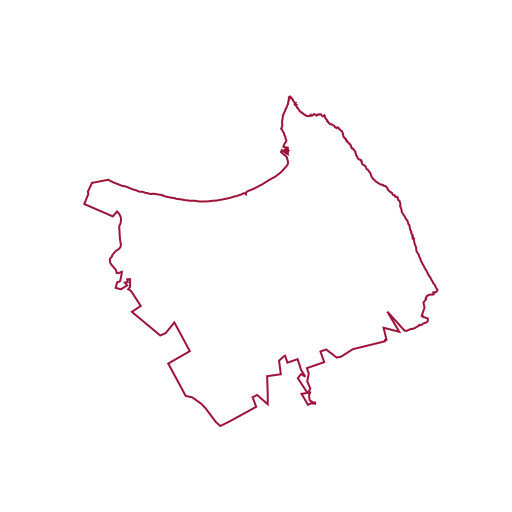 Nelson Mandela Bay, Eastern Cape, South Africa (orthographic projection), rotated 224°
{"feature_id": "47623444B28857154592205", "entity_name": "Nelson Mandela Bay", "entity_type": "district", "adm_level": 2, "iso_a3": "ZAF", "parent_name": "South Africa", "parent_adm1": "Eastern Cape", "projection": "orthographic", "projection_center": [25.553, -33.802], "detail": "fine", "context": "isolated", "style": "outline", "palette": "rose", "viewbox_px": 512, "rotation_deg": 224, "n_neighbors": 0, "source": "geoboundaries", "source_scale": "gbopen_adm2", "svg_char_len": 6118}
<svg xmlns="http://www.w3.org/2000/svg" viewBox="0 0 512 512"><g transform="rotate(224 256 256)"><path d="M101.9,357.7L105.1,358.4L105.6,358.8L107.9,359.5L110.4,359.7L111.0,360.3L113.5,360.7L115.6,361.7L116.4,361.6L118.4,362.1L123.0,363.8L126.6,364.6L128.8,365.6L129.5,365.6L134.6,367.4L135.3,367.9L136.6,368.5L137.4,368.6L140.4,370.2L141.4,370.3L143.9,371.0L146.0,372.6L146.4,373.2L150.6,375.1L153.7,377.4L154.6,377.4L154.6,377.9L155.2,377.6L155.4,378.4L155.9,378.3L156.1,378.1L156.4,378.7L157.0,378.8L157.1,379.3L157.9,379.2L158.4,380.0L159.4,379.9L160.6,380.6L161.1,381.4L163.6,382.1L166.7,384.5L167.8,384.9L168.6,384.8L169.2,385.3L170.3,385.7L171.9,386.8L173.0,386.6L176.8,387.8L181.8,388.9L183.1,390.1L183.7,390.3L184.9,391.2L185.7,391.3L186.7,392.1L187.3,392.2L188.4,393.9L191.0,395.3L192.6,395.1L194.4,396.1L194.8,396.6L196.0,396.1L196.7,395.4L197.2,395.4L198.5,396.0L199.0,395.6L200.2,395.1L202.0,395.8L203.4,395.6L203.7,395.3L206.9,395.3L207.6,395.5L208.4,396.1L209.8,396.1L211.0,396.4L212.6,395.3L213.8,395.4L214.0,395.1L214.7,395.1L215.4,394.3L217.0,393.7L221.7,392.8L223.9,392.9L224.9,392.7L228.4,393.5L231.9,395.3L233.4,395.2L235.1,395.8L236.3,395.4L238.7,396.0L239.7,396.7L243.2,395.9L245.3,396.9L245.7,397.5L246.2,397.3L246.9,398.0L247.5,397.5L248.4,397.5L249.1,397.0L249.4,397.0L249.5,397.4L249.6,397.0L250.6,396.9L251.6,397.6L254.2,398.1L254.5,398.5L256.0,399.3L256.6,399.9L257.5,399.9L259.2,400.6L260.4,400.2L261.3,400.6L261.8,400.1L262.4,400.2L263.3,400.5L264.0,401.2L264.8,401.3L265.5,401.7L266.2,401.4L267.0,401.9L267.5,401.5L269.5,401.7L270.0,402.0L270.3,401.6L270.5,401.8L270.8,401.6L272.5,402.3L272.5,402.6L272.8,402.7L273.4,402.6L273.8,402.2L275.0,402.6L275.7,402.5L275.9,402.8L276.6,402.9L277.2,403.5L278.1,403.8L278.8,404.7L281.2,405.5L281.7,405.2L282.9,405.1L283.3,405.3L284.1,405.1L285.2,405.5L285.6,405.3L286.2,405.4L287.0,404.9L287.1,404.5L286.8,404.3L286.9,404.0L287.4,404.1L288.2,403.6L288.9,403.6L290.1,404.1L290.6,403.7L293.3,403.2L293.9,402.5L294.8,402.2L295.4,402.5L296.7,402.2L297.6,402.7L298.4,402.8L298.7,402.5L299.2,403.1L301.0,403.1L301.5,403.5L302.7,403.6L303.5,404.0L304.0,404.7L304.6,404.7L304.5,403.8L305.1,402.9L305.9,402.7L307.6,403.0L308.2,402.6L308.6,401.8L309.1,401.6L309.3,401.0L310.1,400.4L309.8,399.6L310.0,399.0L312.3,398.7L312.6,398.2L313.0,398.1L312.9,396.5L313.3,395.9L313.6,395.8L313.4,395.6L313.6,395.2L314.0,395.0L314.5,395.3L314.4,394.8L314.7,394.6L314.9,393.6L315.2,393.2L316.9,391.9L318.5,391.5L318.9,391.7L320.3,391.0L322.4,391.2L323.0,391.0L323.1,390.7L325.1,390.6L328.7,391.5L329.6,391.2L329.8,391.5L330.7,392.0L332.1,391.8L332.1,392.3L332.5,391.9L333.7,392.0L334.0,392.4L333.9,392.9L334.1,393.1L333.7,393.2L333.8,393.6L334.5,393.1L338.0,393.7L338.4,393.9L338.7,394.3L340.2,394.3L340.6,394.0L341.4,394.5L342.4,394.3L342.5,393.9L341.7,393.2L342.0,393.1L342.5,393.5L342.6,393.1L342.1,393.0L341.3,391.3L340.6,391.0L340.1,389.6L338.3,387.1L338.1,386.0L337.1,383.9L336.6,381.5L335.9,380.8L335.0,377.8L334.0,375.3L333.2,374.6L331.3,371.7L329.1,369.2L328.5,369.0L327.6,368.0L326.6,365.9L326.5,365.2L326.2,364.9L325.3,365.1L323.2,364.2L321.2,363.8L319.8,362.8L317.7,362.2L316.9,361.3L314.3,360.2L313.7,358.5L313.6,356.9L312.6,354.5L312.5,353.7L312.9,353.2L311.5,354.0L311.1,353.9L310.1,354.6L309.7,354.9L309.6,355.3L308.4,356.0L306.7,354.6L307.7,354.0L307.2,353.9L306.1,354.2L306.2,353.9L305.7,353.9L305.3,353.3L309.0,352.8L309.0,352.0L306.0,352.2L304.0,351.3L305.1,350.9L311.0,350.2L310.2,348.1L302.8,348.6L298.5,346.1L296.8,344.0L296.4,341.4L296.2,333.5L297.3,326.3L299.5,319.4L301.5,310.9L302.0,310.0L303.2,306.0L304.0,304.3L304.0,303.5L307.1,296.6L307.2,294.6L306.1,293.5L307.8,293.2L308.9,291.9L309.3,290.0L310.5,288.0L311.3,285.9L312.8,284.0L313.8,282.0L316.6,277.4L323.2,268.0L324.4,267.0L328.5,261.9L333.5,256.9L336.4,254.5L338.1,253.5L342.6,249.2L343.9,248.6L344.5,247.9L347.7,245.6L348.5,245.4L349.3,244.5L351.0,243.6L351.3,242.9L353.5,241.5L354.6,241.2L357.6,238.9L359.2,238.1L360.2,237.2L364.3,235.0L365.2,235.0L365.8,234.2L366.2,234.3L367.0,233.9L368.6,232.6L369.6,232.1L370.1,231.5L371.7,230.7L372.6,229.6L373.1,229.5L374.0,228.6L374.2,228.0L376.2,226.4L377.6,226.1L378.7,224.9L381.7,223.6L382.7,223.0L383.6,222.0L385.3,220.9L387.9,220.0L391.2,218.2L396.9,216.0L398.8,215.1L400.2,213.9L402.0,213.1L409.7,209.9L414.3,208.4L415.1,208.4L424.8,194.6L421.6,185.4L419.7,184.2L415.6,174.1L386.5,185.0L386.9,191.5L383.6,191.3L380.7,190.2L378.6,188.7L376.2,185.5L375.0,182.3L366.7,174.6L363.2,171.8L361.4,170.7L360.0,168.8L359.7,168.2L359.5,166.1L360.3,162.0L360.3,159.4L360.0,157.1L359.3,155.4L359.1,152.7L358.4,151.6L356.2,149.9L353.7,149.3L347.3,148.7L346.0,148.1L344.6,147.0L344.0,147.1L343.1,148.1L341.6,151.4L340.4,150.1L336.4,143.8L336.4,142.8L337.5,141.2L337.5,140.4L334.8,135.6L330.0,138.3L328.3,145.4L331.9,145.8L330.2,148.2L332.5,149.8L331.5,150.9L331.2,150.7L330.4,151.8L325.5,146.6L325.0,145.8L324.8,143.3L322.6,144.0L320.5,143.8L304.2,140.0L306.5,129.6L269.7,132.3L267.4,137.7L268.6,151.5L237.5,141.6L244.4,117.7L209.4,106.5L203.7,110.0L192.8,111.7L186.4,111.4L169.6,108.7L163.6,108.9L160.1,118.7L151.1,147.7L160.3,152.0L158.7,156.8L144.6,157.5L150.9,164.1L164.5,177.3L156.0,188.2L166.7,196.7L166.3,202.8L165.8,204.5L159.3,201.1L154.4,210.7L144.3,205.3L136.7,203.5L141.5,202.3L141.1,197.2L123.9,193.2L127.5,188.5L115.2,185.1L114.2,188.1L110.9,190.8L111.6,191.6L113.2,190.3L117.2,189.5L121.0,192.5L122.3,195.5L123.8,194.6L124.8,198.3L132.1,201.5L136.5,208.2L141.5,210.7L133.2,227.0L143.3,232.1L140.6,237.5L127.4,239.0L124.9,242.6L121.6,256.3L104.0,284.2L104.8,284.9L104.9,285.3L103.9,286.4L114.4,293.0L100.3,301.0L122.8,307.2L97.2,305.5L95.5,307.1L95.1,308.0L95.1,308.6L94.1,310.3L94.0,311.2L92.8,312.1L92.2,313.6L91.7,314.1L91.2,316.9L90.4,318.3L90.8,319.7L89.0,321.5L88.7,323.9L87.5,326.0L87.3,326.8L87.2,328.4L88.1,329.6L89.0,330.4L94.0,328.1L94.2,328.7L95.0,328.6L95.4,328.3L98.9,335.9L103.3,338.9L103.6,343.2L104.6,343.4L105.2,346.0L104.9,346.3L105.0,347.5L103.2,350.1L102.3,350.6L101.6,351.9L101.8,352.3L102.9,352.6L103.3,353.1L101.5,354.6L101.4,356.3L101.8,357.0L101.9,357.7Z" fill="none" stroke="#9f1239" stroke-width="2"/></g></svg>